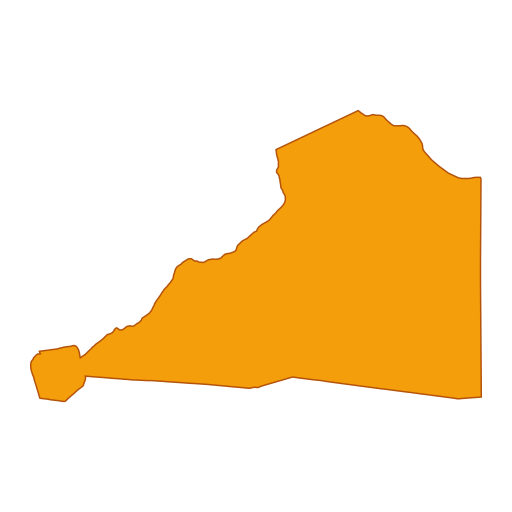 outline of Wajir East, North-Eastern, Kenya
{"feature_id": "3690345B87307909258611", "entity_name": "Wajir East", "entity_type": "district", "adm_level": 2, "iso_a3": "KEN", "parent_name": "Kenya", "parent_adm1": "North-Eastern", "projection": "albers", "projection_center": [40.38, 2.006], "detail": "fine", "context": "isolated", "style": "filled", "palette": "amber", "viewbox_px": 512, "rotation_deg": 0, "n_neighbors": 0, "source": "geoboundaries", "source_scale": "gbopen_adm2", "svg_char_len": 6044}
<svg xmlns="http://www.w3.org/2000/svg" viewBox="0 0 512 512"><path d="M33.6,357.7L33.2,359.0L31.5,361.3L30.9,362.7L30.7,366.0L30.8,367.9L31.2,370.0L32.4,374.1L34.1,378.3L34.1,379.3L36.6,387.2L38.8,394.6L39.8,398.1L41.7,398.5L45.5,398.9L48.1,399.2L50.2,399.7L57.1,400.5L61.2,401.1L63.0,401.4L64.7,401.4L65.7,400.9L68.2,398.4L75.1,392.4L76.2,391.3L77.9,389.8L81.4,387.2L82.7,386.2L83.3,385.3L84.3,382.3L85.1,380.3L85.5,378.8L85.5,377.2L85.3,376.1L87.2,376.3L92.1,376.7L99.0,377.2L104.4,377.6L114.9,378.5L119.9,378.8L123.4,379.2L127.2,379.4L132.2,379.9L135.6,380.0L141.9,380.3L147.6,380.6L151.4,380.6L154.9,380.8L158.5,381.1L161.3,381.2L168.4,381.8L175.0,382.2L180.7,382.6L188.6,383.2L194.1,383.5L203.0,384.1L207.4,384.4L211.5,384.8L215.4,385.1L217.6,385.4L221.6,385.7L232.6,386.8L237.6,387.2L240.9,387.5L244.2,387.8L246.3,388.0L249.4,388.3L250.8,388.0L252.4,387.6L255.0,387.2L256.3,387.5L258.4,387.4L260.3,386.5L261.2,386.2L266.5,384.6L279.9,380.7L291.9,377.2L293.4,377.1L298.8,377.9L314.5,379.9L320.1,380.4L326.8,381.5L342.3,383.6L382.2,388.9L382.9,388.9L452.7,398.0L455.2,398.4L457.0,398.7L458.5,398.8L464.3,398.3L470.5,397.8L476.7,397.4L481.3,397.0L480.5,284.5L480.5,258.5L481.0,178.9L480.4,177.4L477.4,177.3L473.9,177.5L472.1,178.0L468.7,178.5L462.1,178.5L458.9,178.0L455.3,176.4L448.3,173.1L439.2,166.4L437.2,164.7L431.8,160.1L424.1,151.4L422.8,149.0L422.7,147.4L422.4,144.8L422.0,143.4L419.5,139.1L416.8,135.8L414.8,134.2L411.8,131.3L409.9,129.0L408.4,127.5L406.4,126.4L404.0,125.6L402.1,125.5L400.1,125.8L394.0,125.8L392.6,125.1L390.8,123.8L386.7,120.2L383.7,116.8L381.8,115.7L379.9,115.3L377.2,115.2L375.5,115.2L373.4,114.6L371.9,114.8L370.6,115.4L368.9,115.8L366.5,116.0L365.1,115.6L361.2,113.0L358.2,110.6L276.0,149.6L276.0,149.9L276.4,151.9L276.4,153.4L277.2,156.6L277.5,158.0L278.0,159.3L278.0,160.1L278.3,160.9L278.5,162.0L278.4,163.6L278.4,167.1L278.1,167.6L276.8,169.8L276.7,170.2L276.6,171.0L276.6,172.4L277.4,173.4L278.3,174.6L278.9,175.7L279.1,176.6L279.3,177.6L279.8,179.3L280.1,181.7L280.6,184.5L280.6,185.3L280.8,185.9L280.9,187.6L281.2,188.1L281.5,188.8L282.2,189.6L282.9,191.2L283.1,192.3L284.0,193.7L284.8,195.3L285.1,196.0L285.3,197.1L285.3,198.1L285.4,199.4L285.1,201.3L284.8,202.2L284.2,203.4L283.4,204.6L282.1,206.4L279.2,209.2L278.4,209.8L277.0,211.3L276.5,211.9L276.2,212.6L275.6,213.2L274.1,214.5L272.9,215.6L271.7,217.2L270.5,218.7L269.8,219.4L269.2,220.0L268.4,220.7L267.5,221.3L265.7,222.4L264.6,223.0L263.6,223.5L262.6,224.1L261.6,224.7L260.7,225.5L259.2,226.6L258.3,227.8L257.7,228.4L257.3,229.3L257.0,230.0L256.8,230.5L256.7,230.9L256.2,231.3L255.7,231.5L255.2,231.7L254.6,232.0L254.0,232.3L253.5,232.7L250.4,235.4L250.1,235.7L248.5,237.2L247.5,238.1L246.5,238.8L245.8,239.2L245.4,239.3L245.0,239.5L244.6,239.7L243.2,240.5L242.6,240.8L242.2,241.1L241.7,241.5L241.3,241.8L239.6,243.7L239.3,243.9L238.9,244.1L238.5,244.5L238.0,245.1L237.5,245.8L237.2,246.4L237.0,247.0L236.4,249.1L236.2,249.7L235.8,250.3L235.2,251.0L234.8,251.3L234.0,251.8L230.5,253.1L230.1,253.3L229.5,253.3L227.7,253.6L226.5,253.8L225.8,254.0L225.4,254.0L224.9,254.3L224.7,254.6L224.0,255.0L223.4,255.6L222.5,256.4L221.6,257.3L221.0,258.0L219.8,258.4L218.8,258.8L218.2,259.1L217.6,259.1L216.8,259.1L216.3,259.3L215.8,259.3L214.8,259.2L213.8,259.1L213.3,259.1L211.9,259.1L211.4,259.2L210.8,259.4L210.3,259.5L209.7,259.6L209.3,259.6L208.9,259.7L208.3,259.7L207.6,260.3L207.1,260.5L206.4,260.9L204.9,261.8L204.2,262.1L203.9,262.3L203.5,262.5L203.1,262.5L202.2,262.3L201.7,262.2L201.1,262.2L200.1,262.3L199.6,262.2L199.1,262.2L198.5,261.9L197.9,261.5L197.5,261.2L197.0,261.0L196.4,261.0L195.7,261.1L194.6,260.9L194.2,260.6L193.7,260.4L192.9,259.9L192.2,259.3L191.9,259.1L191.4,258.8L191.1,258.7L189.2,258.8L188.7,258.8L187.6,259.3L186.8,259.8L185.6,260.6L183.1,262.1L182.6,262.5L182.1,262.9L181.8,263.3L181.4,263.8L181.0,264.3L180.5,264.6L179.2,265.3L178.8,265.5L178.4,265.8L177.0,266.9L176.8,267.3L176.4,267.7L176.0,268.5L175.5,269.2L174.6,272.2L174.0,274.1L173.7,275.0L173.5,275.7L173.4,276.0L173.3,277.8L173.1,278.4L172.8,279.0L172.2,279.8L171.6,280.6L171.3,281.1L170.9,281.6L170.7,282.0L170.4,282.5L170.2,282.8L169.9,283.2L168.8,284.2L168.2,284.9L167.9,285.2L167.8,285.7L167.5,286.1L167.0,286.6L166.2,287.3L165.8,287.6L165.6,288.0L165.1,288.5L164.6,289.0L164.1,289.5L163.8,289.9L163.6,290.2L163.4,290.7L163.1,291.2L162.1,292.4L161.8,292.8L161.5,293.5L160.5,295.0L160.4,295.3L160.1,295.7L159.8,296.2L159.4,296.4L159.3,296.9L156.5,300.6L156.0,301.5L155.4,302.4L154.9,303.2L154.7,303.6L154.5,304.1L154.4,304.5L154.2,305.2L154.0,305.6L153.7,306.2L153.2,306.9L152.8,307.7L152.2,309.0L152.0,309.6L151.6,310.3L151.1,311.0L150.4,311.7L150.2,312.2L149.8,312.7L148.7,313.7L148.0,314.2L146.3,315.4L142.8,317.7L142.2,318.3L141.9,318.7L141.7,319.2L141.5,319.9L141.1,320.5L139.1,322.4L138.6,322.8L137.9,323.2L137.5,323.4L137.1,323.5L136.6,323.9L136.3,324.1L135.8,324.6L135.3,324.9L134.9,325.2L134.3,325.7L133.2,326.2L132.7,326.3L132.0,326.1L131.2,326.1L129.8,325.9L129.3,325.9L128.8,326.1L128.5,326.1L127.9,326.2L127.4,326.3L126.8,326.6L126.3,326.9L125.3,327.7L123.9,328.8L123.3,329.2L122.8,329.6L122.3,329.8L121.7,330.0L120.1,329.9L119.5,329.8L119.1,329.6L117.6,328.3L117.0,328.1L116.6,327.9L116.1,328.1L115.7,328.2L115.2,328.8L114.9,329.1L113.0,332.0L112.5,332.4L112.1,332.8L111.5,333.1L110.8,333.5L110.3,333.7L109.6,334.0L109.2,334.1L108.8,334.2L108.4,334.3L108.1,334.3L107.1,334.8L104.4,337.4L103.6,338.3L102.1,339.5L100.3,341.0L98.0,342.7L96.6,343.6L95.9,344.1L94.9,345.1L94.4,345.6L93.3,346.7L92.9,346.8L92.4,347.3L92.0,347.6L91.5,348.3L91.1,348.8L88.9,350.8L86.9,352.8L85.4,354.3L85.0,354.7L84.6,354.8L83.2,355.8L82.5,356.2L81.8,356.7L81.5,356.8L80.3,357.8L79.8,356.0L79.6,354.3L79.4,352.8L78.9,351.2L78.4,349.6L77.9,348.7L76.9,347.2L76.6,346.8L76.3,346.5L75.8,346.2L75.2,345.9L74.2,345.5L72.8,345.7L72.2,345.8L71.5,346.2L71.1,346.2L69.9,346.5L68.6,346.5L67.1,346.7L63.4,347.3L59.8,348.2L56.8,349.0L39.4,351.3L39.9,352.7L40.0,353.0L40.4,353.8L37.9,354.0L36.7,354.6L35.2,356.2L33.6,357.7Z" fill="#f59e0b" stroke="#b45309" stroke-width="1.5"/></svg>